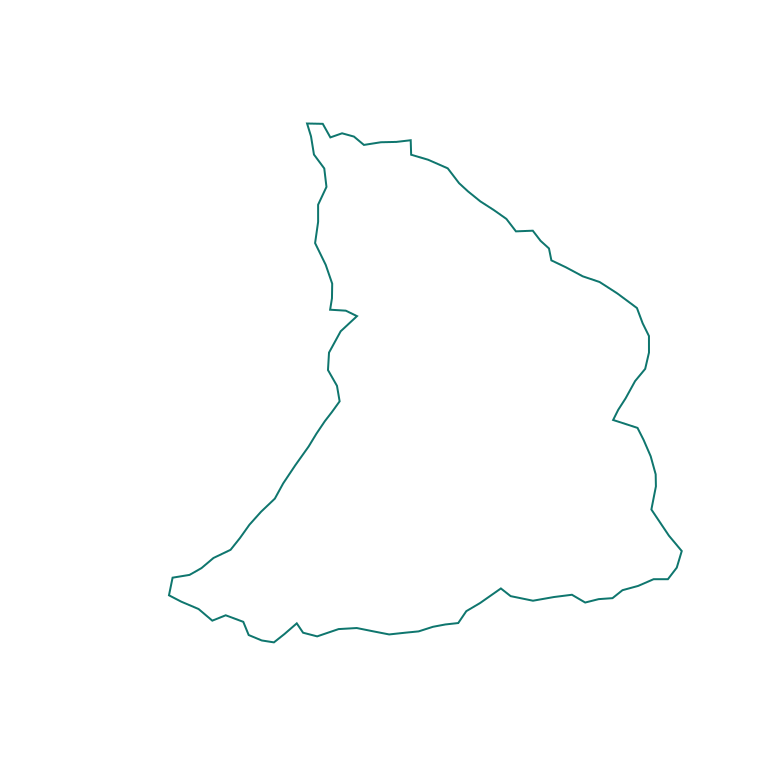 Monções, São Paulo, Brazil, rotated 73°
{"feature_id": "56859067B71559217874088", "entity_name": "Monções", "entity_type": "district", "adm_level": 2, "iso_a3": "BRA", "parent_name": "Brazil", "parent_adm1": "São Paulo", "projection": "albers", "projection_center": [-50.083, -20.875], "detail": "fine", "context": "isolated", "style": "outline", "palette": "teal", "viewbox_px": 768, "rotation_deg": 73, "n_neighbors": 0, "source": "geoboundaries", "source_scale": "gbopen_adm2", "svg_char_len": 1533}
<svg xmlns="http://www.w3.org/2000/svg" viewBox="0 0 768 768"><g transform="rotate(73 384 384)"><path d="M112.4,381.4L125.9,381.4L144.1,383.9L160.4,378.1L178.7,381.4L193.3,394.6L209.7,399.6L229.1,408.7L253.0,404.9L272.9,404.2L286.8,408.7L297.2,413.8L302.7,399.1L311.2,390.0L320.9,410.0L337.9,427.4L354.3,433.5L372.0,429.5L387.6,431.5L395.5,441.9L402.3,451.5L411.8,463.2L421.7,474.3L435.7,492.5L449.6,509.5L461.7,521.9L470.2,538.9L479.2,553.8L489.2,566.8L497.7,579.2L500.5,597.9L506.7,612.4L509.7,625.8L507.4,642.8L523.2,651.4L532.9,641.5L545.0,627.1L560.1,617.4L558.9,603.0L570.3,588.1L584.5,586.8L593.5,575.9L598.9,564.8L594.0,552.3L587.4,537.4L598.2,534.1L605.8,521.7L605.1,499.1L609.4,481.4L617.7,466.0L625.0,452.3L628.1,436.1L630.7,423.2L630.5,408.2L631.9,395.6L634.3,382.9L625.3,371.7L621.5,356.0L613.7,332.0L623.9,324.9L634.8,304.9L637.4,283.8L640.5,265.9L651.8,255.5L652.5,241.6L655.6,228.1L650.9,216.2L651.4,200.0L649.5,183.3L653.7,169.6L645.2,157.7L630.8,148.1L612.3,155.9L582.2,165.0L561.4,153.9L549.8,150.6L531.1,150.1L513.3,152.1L500.1,154.4L485.4,175.4L477.1,167.5L468.4,157.2L454.6,143.0L445.9,129.8L431.4,121.4L415.6,116.6L401.6,118.9L385.3,119.9L365.6,134.4L349.5,148.0L339.1,162.5L325.6,175.9L314.7,187.8L302.6,186.6L292.9,192.4L280.9,196.9L276.6,213.2L261.9,218.7L249.8,228.1L237.5,238.5L224.3,247.4L213.9,253.5L196.4,260.0L182.4,276.3L172.7,291.0L158.7,287.2L156.1,301.4L151.9,316.3L149.5,333.3L138.6,340.4L132.0,350.8L132.5,363.2L117.3,366.5L112.4,381.4Z" fill="none" stroke="#0f766e" stroke-width="2"/></g></svg>